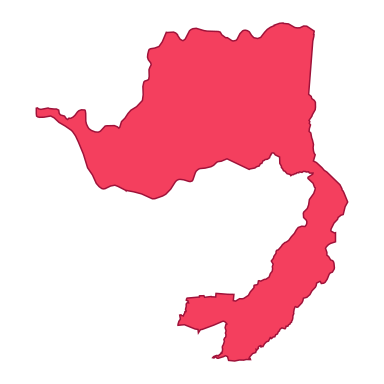 the district of Barranco De Loba, Bolívar, Colombia
{"feature_id": "7082276B19488322706290", "entity_name": "Barranco De Loba", "entity_type": "district", "adm_level": 2, "iso_a3": "COL", "parent_name": "Colombia", "parent_adm1": "Bolívar", "projection": "natural_earth1", "projection_center": [-74.141, 8.804], "detail": "fine", "context": "isolated", "style": "filled", "palette": "rose", "viewbox_px": 384, "rotation_deg": 0, "n_neighbors": 0, "source": "geoboundaries", "source_scale": "gbopen_adm2", "svg_char_len": 6004}
<svg xmlns="http://www.w3.org/2000/svg" viewBox="0 0 384 384"><path d="M212.7,357.7L214.0,358.0L215.4,356.3L215.8,357.1L217.2,358.2L218.1,358.3L223.4,356.7L225.5,355.7L227.5,356.6L228.6,360.4L234.7,361.0L239.5,360.0L243.8,360.1L246.1,359.5L250.5,359.6L250.1,358.4L249.0,358.5L249.6,357.0L252.6,353.6L255.7,352.5L255.7,351.7L256.5,350.6L256.1,349.4L257.1,349.7L257.7,348.8L258.2,348.7L258.4,348.4L258.2,347.2L259.3,346.1L260.6,345.6L261.0,345.9L260.7,346.7L261.0,347.0L261.4,346.4L262.9,346.6L264.5,343.8L266.5,341.8L268.5,341.1L270.3,337.5L270.7,337.6L270.9,338.5L271.5,338.6L273.3,336.9L274.8,336.8L275.7,334.7L277.4,334.0L278.3,331.8L279.5,330.8L279.7,329.7L280.4,328.9L281.9,327.9L285.0,328.8L285.8,327.7L286.0,326.3L287.9,326.2L288.5,324.8L290.0,324.0L290.4,322.9L291.5,322.2L291.7,321.0L292.4,319.9L292.8,318.1L292.9,315.8L293.8,313.6L293.6,312.5L294.1,309.4L295.0,306.9L295.6,306.6L296.9,307.3L298.0,307.0L301.9,302.8L302.9,300.7L303.4,298.2L306.9,297.3L309.9,294.6L311.9,290.9L315.4,287.2L316.2,285.5L316.6,283.1L319.9,281.4L320.3,281.5L321.3,283.5L323.7,283.2L325.1,282.3L327.2,279.2L329.2,274.2L330.3,272.9L332.4,272.1L334.2,269.0L334.4,267.7L334.0,263.6L333.6,262.0L332.7,260.7L330.6,259.9L328.6,256.5L326.9,255.2L326.9,252.4L325.5,248.3L326.3,246.9L328.5,244.6L330.6,243.4L335.5,241.8L335.5,232.7L334.6,233.0L331.3,231.3L330.8,230.4L331.2,228.7L334.0,223.1L337.5,219.4L338.2,217.3L339.8,216.3L340.5,215.4L343.2,214.5L345.1,206.8L347.7,202.0L343.9,192.7L343.0,190.9L342.1,190.0L341.9,188.6L339.9,184.7L326.8,172.0L324.3,170.4L321.9,167.6L316.5,162.6L313.4,161.0L315.2,154.8L314.2,153.3L313.5,151.1L313.1,147.6L313.5,144.5L312.4,139.8L311.7,137.9L310.8,133.0L309.1,131.4L309.4,128.5L310.5,124.9L309.3,123.4L309.8,121.5L309.0,120.4L311.9,116.2L312.3,114.8L315.2,109.7L315.5,107.1L315.4,102.3L314.3,100.4L311.8,98.6L311.2,96.4L308.7,94.4L308.7,93.7L312.8,41.0L313.8,36.6L314.0,34.6L313.6,34.5L314.2,31.1L306.8,26.2L303.7,26.0L299.9,27.8L297.2,27.9L294.8,27.5L288.5,23.9L283.2,23.4L283.1,23.0L279.6,23.3L274.2,25.2L274.3,25.6L270.4,27.3L267.3,29.4L264.6,32.3L260.7,37.4L257.7,38.5L253.8,37.7L251.5,35.3L249.4,31.9L247.5,30.7L245.6,30.2L244.0,30.3L242.6,30.9L240.0,33.6L237.1,39.3L236.0,40.4L233.1,41.0L231.8,40.6L227.4,37.7L225.6,37.7L221.8,34.8L220.2,32.1L218.3,31.5L207.1,31.1L204.0,30.6L196.2,28.3L192.9,28.7L191.1,29.5L189.5,30.8L185.2,39.1L183.2,40.6L182.3,40.5L180.1,39.2L177.4,35.0L177.5,34.6L175.7,33.0L173.6,32.1L166.9,32.5L166.3,32.3L162.3,41.8L159.0,46.5L154.6,48.1L150.7,48.7L149.4,49.3L148.8,50.1L147.8,54.1L147.5,57.2L148.3,59.7L150.7,62.9L151.2,64.7L149.8,67.5L149.0,69.7L149.2,76.4L148.7,79.3L147.5,80.2L144.7,81.1L144.0,81.8L143.7,82.7L142.9,86.5L143.2,94.7L142.4,100.5L136.6,106.7L130.9,110.2L128.0,113.5L125.0,118.1L121.5,121.6L119.8,127.2L118.8,128.1L117.5,126.9L114.4,125.6L106.4,125.8L105.1,126.1L100.4,131.2L98.2,132.2L95.1,131.9L91.5,130.5L89.2,128.9L88.1,127.5L86.5,124.2L85.8,121.2L85.7,113.4L85.3,110.8L84.8,110.0L81.4,109.8L78.9,110.7L77.5,111.9L74.9,115.4L73.0,117.1L70.8,118.3L68.8,118.2L67.6,119.5L66.3,118.7L64.5,116.1L60.4,114.9L59.2,113.3L58.7,110.1L56.4,109.0L53.9,109.0L49.3,108.5L48.1,108.0L40.9,109.4L38.7,108.9L37.4,107.9L36.3,108.2L36.3,113.8L36.6,116.1L37.8,116.9L39.4,117.3L43.8,117.2L50.7,116.0L54.1,117.8L59.0,122.4L65.3,126.1L71.2,130.2L72.6,131.6L75.6,136.0L78.4,142.0L83.4,154.1L87.6,167.8L92.5,175.0L96.3,183.4L99.1,186.6L101.7,188.5L103.2,188.9L105.0,188.7L110.6,186.0L114.9,185.2L118.0,186.4L125.4,190.2L126.0,190.8L126.1,190.4L133.7,191.8L141.6,193.9L152.4,198.8L154.9,198.7L162.6,196.0L165.8,194.2L170.7,189.1L175.1,182.2L176.2,180.9L177.4,180.0L179.1,179.4L180.5,179.4L183.7,179.8L188.8,181.4L190.2,181.6L192.1,181.0L192.9,179.9L195.3,172.8L196.3,171.0L198.3,169.3L199.8,168.6L205.1,168.1L211.0,166.7L213.6,165.3L216.7,162.3L217.8,161.7L221.3,161.2L227.0,158.8L249.2,169.4L250.1,168.9L254.9,168.0L256.6,166.7L259.2,166.0L260.4,163.7L261.8,163.4L263.0,160.8L264.2,160.4L265.0,159.6L267.5,159.2L269.6,157.7L270.0,156.1L270.7,155.4L270.7,154.4L271.4,154.1L271.6,153.3L272.3,152.9L273.8,153.0L275.3,154.9L279.6,157.0L279.8,163.4L281.4,166.2L281.4,167.5L282.6,168.8L283.5,170.7L284.9,171.2L287.1,173.7L290.0,174.4L290.8,175.7L292.2,174.7L293.6,174.6L294.5,173.8L295.9,173.7L296.9,172.7L298.8,172.8L299.0,172.2L299.6,171.9L302.0,172.4L303.3,171.4L305.5,171.5L306.1,172.0L308.6,171.8L309.4,173.0L309.9,173.1L313.0,173.1L312.7,174.2L308.0,177.3L308.0,178.5L313.1,183.3L314.5,187.2L315.3,187.9L315.0,189.8L313.7,193.5L309.4,199.5L308.6,204.9L307.3,208.5L303.7,212.1L303.3,213.4L303.6,217.5L306.2,220.1L306.8,221.4L306.8,223.3L306.3,224.8L305.0,226.5L301.8,226.2L298.2,227.5L296.4,229.8L294.4,233.4L291.3,236.8L288.7,240.4L286.1,242.2L285.0,242.5L282.4,244.7L281.3,246.4L278.3,249.8L276.6,250.4L276.1,251.4L276.0,253.3L273.9,256.3L273.4,258.3L271.3,261.0L273.2,264.2L272.3,266.6L272.6,268.7L272.2,271.3L270.4,273.5L269.1,277.1L265.8,279.3L264.3,279.4L260.8,281.1L259.0,280.7L258.4,280.9L257.9,283.9L257.0,284.7L254.3,285.2L253.9,286.0L254.1,287.3L253.7,288.0L250.3,291.9L248.4,295.4L243.8,298.4L242.2,298.8L239.6,298.7L235.6,301.1L233.3,300.6L233.9,294.4L227.8,294.3L216.4,293.4L216.0,293.4L215.7,297.0L211.4,296.8L211.2,296.5L204.6,297.3L203.9,295.7L199.5,295.8L199.4,297.0L187.1,298.1L186.5,299.1L186.3,300.3L188.0,300.9L188.5,302.8L187.4,302.5L186.2,304.0L186.2,306.6L185.5,309.3L186.1,310.9L185.9,311.6L185.1,311.5L184.7,312.1L184.8,312.8L183.5,315.2L183.4,315.9L181.7,315.6L181.0,314.8L179.7,315.1L180.4,319.1L178.9,321.3L178.0,324.3L178.0,325.3L184.4,324.7L195.1,329.0L198.0,329.4L198.4,332.8L200.4,329.7L202.2,329.4L213.8,325.1L222.4,321.4L223.5,321.2L224.7,321.6L226.8,323.7L226.8,324.3L225.9,324.5L225.1,327.7L226.1,330.9L225.4,333.1L225.9,334.4L225.9,336.1L225.5,337.4L224.6,338.0L223.9,339.6L224.4,341.4L223.3,344.8L222.4,346.3L222.3,348.0L222.6,348.7L222.3,351.9L221.4,352.4L221.7,353.3L220.8,353.4L220.4,354.2L219.4,354.6L218.5,355.9L216.9,355.4L215.6,355.8L213.6,356.6L212.7,357.7Z" fill="#f43f5e" stroke="#9f1239" stroke-width="1.5"/></svg>